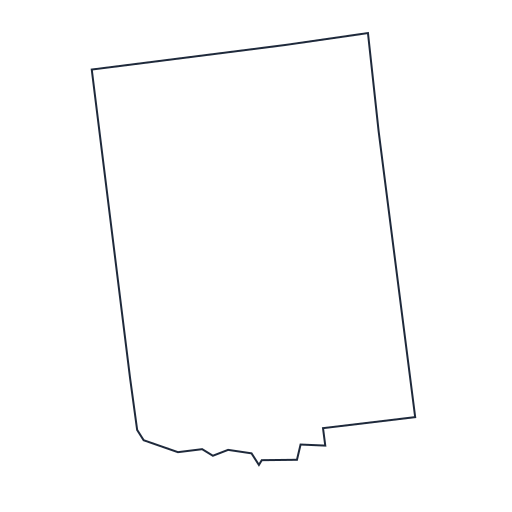 Perry, Illinois, United States of America, rotated 82°
{"feature_id": "52423323B20908268327084", "entity_name": "Perry", "entity_type": "district", "adm_level": 2, "iso_a3": "USA", "parent_name": "United States of America", "parent_adm1": "Illinois", "projection": "robinson", "projection_center": [-89.23, 38.085], "detail": "fine", "context": "isolated", "style": "outline", "palette": "slate", "viewbox_px": 512, "rotation_deg": 82, "n_neighbors": 0, "source": "geoboundaries", "source_scale": "gbopen_adm2", "svg_char_len": 402}
<svg xmlns="http://www.w3.org/2000/svg" viewBox="0 0 512 512"><g transform="rotate(82 256 256)"><path d="M437.7,120.8L149.3,117.2L50.8,114.1L51.1,198.3L48.5,392.7L359.4,397.7L411.7,397.9L422.8,392.9L439.4,360.6L439.8,336.2L447.8,326.5L444.1,310.6L450.8,287.9L463.3,282.2L459.0,278.7L463.5,243.8L448.9,238.1L453.4,213.8L435.8,213.6L437.7,120.8Z" fill="none" stroke="#1e293b" stroke-width="2"/></g></svg>